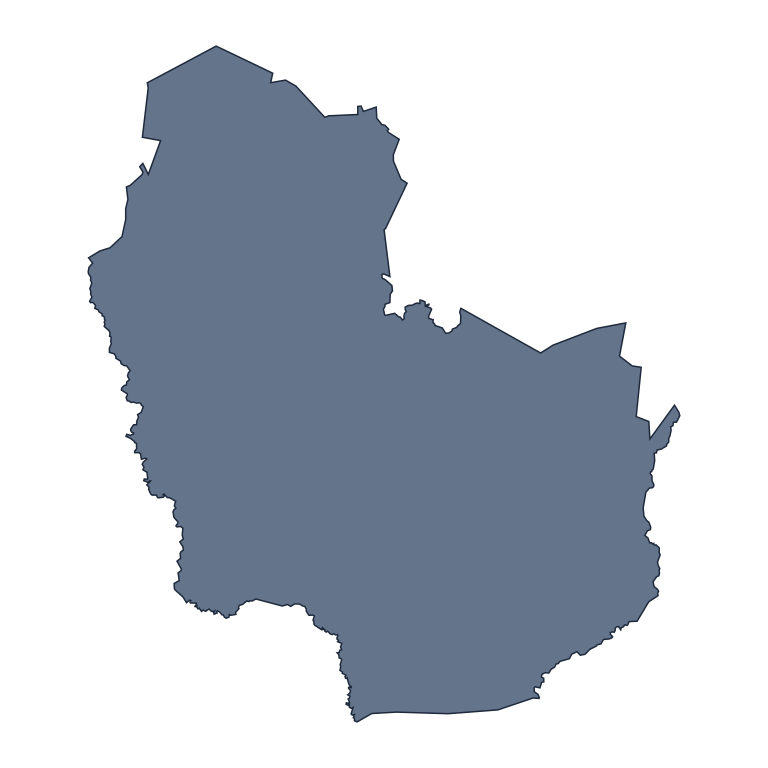 outline of Pueblo Nuevo, Durango, Mexico
{"feature_id": "50627088B37596930660354", "entity_name": "Pueblo Nuevo", "entity_type": "district", "adm_level": 2, "iso_a3": "MEX", "parent_name": "Mexico", "parent_adm1": "Durango", "projection": "robinson", "projection_center": [-105.379, 23.455], "detail": "fine", "context": "isolated", "style": "filled", "palette": "slate", "viewbox_px": 768, "rotation_deg": 0, "n_neighbors": 0, "source": "geoboundaries", "source_scale": "gbopen_adm2", "svg_char_len": 6104}
<svg xmlns="http://www.w3.org/2000/svg" viewBox="0 0 768 768"><path d="M216.1,46.1L147.3,82.8L148.2,87.9L142.4,137.3L160.6,140.6L148.3,174.4L142.8,163.4L139.7,166.7L142.8,171.9L142.3,174.4L130.2,185.4L126.4,186.9L127.9,199.5L125.7,208.6L125.7,219.5L122.0,236.6L110.0,247.8L100.0,250.9L88.6,257.8L92.6,263.2L89.0,267.3L88.2,271.7L88.5,273.7L90.8,277.3L90.6,280.2L91.8,283.0L89.8,288.7L90.7,291.0L90.7,294.2L91.9,297.2L89.6,301.3L90.5,302.7L92.5,302.3L95.0,304.7L95.6,305.8L94.7,308.3L98.3,310.0L99.0,311.8L102.1,313.9L102.2,315.9L103.6,316.1L104.4,317.4L104.4,319.1L105.1,320.1L104.2,322.1L104.9,324.0L104.2,326.4L109.2,330.9L110.0,333.0L109.6,336.3L110.9,336.8L111.2,337.9L110.7,341.2L111.3,343.8L109.4,348.0L109.4,352.4L114.5,353.9L116.1,357.3L115.8,358.2L120.5,361.1L121.1,363.7L124.1,365.6L126.5,365.7L130.1,370.6L128.4,372.9L127.5,375.9L129.4,379.9L126.8,381.8L126.3,385.1L124.2,385.5L121.7,388.0L121.4,390.1L127.3,393.8L127.4,395.1L126.1,397.5L127.3,400.8L129.2,401.1L131.0,402.5L133.6,402.1L136.5,403.1L139.4,402.9L140.8,403.5L141.4,405.2L143.3,406.6L141.1,412.5L137.6,414.5L138.5,417.3L136.7,421.4L136.6,424.8L133.7,424.7L130.7,429.1L130.7,430.6L131.9,432.3L133.6,433.0L133.6,434.0L130.2,435.3L126.8,434.3L126.0,436.4L130.2,438.2L134.7,441.7L134.6,442.6L136.5,443.4L136.6,448.9L134.6,451.1L134.8,452.7L138.6,452.6L140.5,453.7L141.4,459.3L145.1,458.2L146.8,459.0L143.3,462.1L142.2,464.2L144.0,467.2L142.9,469.8L147.0,472.3L147.7,478.5L147.4,479.3L144.3,479.0L143.7,480.7L148.1,482.4L149.7,480.8L150.6,481.0L146.8,484.9L149.0,487.2L148.6,489.3L150.7,494.0L152.0,495.1L156.4,495.1L157.5,497.5L158.9,497.8L163.3,497.2L164.1,496.3L163.0,494.7L164.0,494.0L167.1,497.5L169.7,497.8L175.6,501.2L174.3,505.9L175.9,508.2L173.9,509.7L173.0,511.9L174.0,517.5L177.9,521.9L178.0,522.9L175.9,525.9L177.0,526.9L180.6,526.5L182.9,528.2L182.2,535.2L183.3,538.9L179.8,541.9L182.9,546.7L183.3,550.1L181.0,551.7L180.1,553.6L180.6,558.3L177.0,561.2L181.4,569.1L181.0,570.7L178.1,572.9L179.2,580.6L174.1,583.5L174.4,588.7L175.1,589.9L183.1,597.1L186.5,602.7L189.5,600.1L190.8,600.5L190.0,602.2L190.5,603.0L196.2,603.1L196.8,605.4L195.5,605.3L195.0,606.5L196.8,606.9L198.0,608.9L199.3,608.2L201.5,611.4L203.2,610.1L205.6,611.3L209.1,609.0L211.3,611.3L212.8,611.6L214.5,610.8L213.6,612.4L214.1,614.2L217.1,613.0L216.6,611.7L217.5,610.8L219.6,612.0L221.9,614.8L223.4,615.0L224.4,617.1L226.1,618.2L228.9,617.2L229.3,614.5L230.7,615.3L235.9,614.4L235.6,612.4L239.0,608.6L238.5,607.5L239.2,605.5L242.7,604.3L246.8,601.0L249.0,601.6L249.9,600.9L252.5,600.9L255.8,599.0L282.3,606.0L287.5,604.5L290.8,606.4L294.4,604.0L295.8,603.9L299.8,604.1L302.5,605.9L304.7,606.3L306.3,609.2L306.3,611.2L308.9,615.3L312.9,615.1L314.4,616.0L313.0,620.3L313.8,621.1L314.0,624.2L314.7,625.2L321.6,629.7L322.4,627.7L323.3,628.6L323.0,629.5L324.8,629.5L324.9,631.3L326.3,632.1L327.7,631.2L330.4,634.0L332.3,634.6L333.9,633.7L335.7,635.0L337.4,634.6L337.9,635.9L337.0,637.5L337.0,639.1L338.6,640.4L337.6,641.7L341.8,643.4L340.5,646.9L341.6,649.7L339.8,650.2L339.2,652.3L337.1,652.8L338.7,654.2L339.2,658.0L341.1,658.6L341.7,659.8L340.2,664.5L340.7,667.0L339.9,670.3L342.4,672.0L342.3,673.3L346.0,675.2L345.0,676.7L345.5,678.2L346.2,678.5L347.2,677.8L348.6,683.5L350.0,685.9L351.4,686.8L351.2,687.6L349.0,687.1L348.4,688.0L350.6,690.7L349.7,693.3L347.7,694.8L349.9,696.1L349.3,698.2L348.1,699.0L349.6,702.3L348.7,703.2L346.4,702.8L346.1,704.3L348.4,705.4L349.4,704.6L349.3,706.9L350.3,707.9L351.6,708.3L353.0,707.5L351.1,714.0L352.3,715.1L354.5,714.5L353.3,717.7L354.4,718.2L354.4,720.8L357.1,721.9L371.8,713.5L396.6,712.1L448.0,713.7L497.8,709.9L533.1,698.0L539.1,698.4L539.3,697.4L537.9,694.3L534.3,691.7L534.2,687.8L535.2,686.8L539.9,687.9L541.7,682.2L543.8,681.9L543.7,678.2L541.9,677.6L541.5,676.4L541.9,674.5L544.8,672.7L548.9,673.0L551.0,669.4L554.7,667.0L556.0,664.1L558.4,663.5L559.4,661.8L560.9,661.1L569.4,658.7L571.7,654.2L577.0,651.7L580.3,655.2L585.0,654.3L589.9,649.3L596.1,646.2L597.4,644.7L601.0,643.9L603.5,639.5L609.4,638.9L612.1,637.7L612.6,636.6L610.3,634.2L610.4,632.6L612.1,631.9L614.3,632.2L615.2,630.3L615.2,628.3L616.5,626.9L618.4,626.5L620.7,629.8L621.2,627.7L623.6,626.7L624.4,624.9L627.4,625.3L629.2,621.6L637.1,621.2L648.7,601.8L658.0,595.7L657.6,593.4L658.6,591.2L657.3,589.1L654.1,586.6L653.1,581.8L656.5,576.8L658.9,575.7L659.5,573.1L659.1,570.3L659.8,568.6L658.1,565.2L657.5,562.0L660.2,554.9L659.2,553.0L659.3,547.9L656.1,544.9L654.4,545.1L653.7,543.4L652.3,543.9L651.6,542.8L649.7,542.8L647.9,537.9L644.8,535.5L647.4,530.8L650.4,529.6L650.7,527.1L648.8,522.1L646.9,520.7L643.9,516.1L643.2,507.7L645.9,492.2L649.4,488.1L652.5,487.7L653.6,486.5L653.8,484.5L652.0,480.6L652.0,475.8L650.1,473.6L650.7,471.8L651.7,471.6L652.1,469.9L653.2,469.2L654.7,460.6L654.2,453.2L656.5,452.8L657.0,450.1L661.3,449.1L666.5,445.9L666.7,444.4L668.7,442.2L668.8,438.2L669.9,436.0L671.1,430.3L670.7,426.8L672.9,425.8L673.5,422.2L676.5,422.2L679.8,415.7L678.8,412.2L674.5,405.2L649.9,439.0L648.8,421.5L636.2,416.6L641.2,367.3L632.2,365.9L619.5,356.1L625.8,322.9L596.8,328.4L553.1,345.1L540.6,353.0L460.9,308.3L459.7,312.1L460.8,315.9L460.5,323.5L457.5,326.0L456.9,327.3L452.4,329.1L451.9,331.1L449.0,332.9L445.7,333.3L442.2,327.9L435.0,325.5L434.8,324.3L432.9,322.2L433.3,319.8L428.9,318.4L428.6,316.3L431.6,309.2L430.5,307.9L426.0,306.4L428.9,304.9L428.8,304.1L425.3,305.6L425.0,301.8L421.9,300.4L419.9,300.1L419.9,303.3L419.3,303.6L417.9,303.0L415.4,303.5L412.3,305.2L408.3,305.4L405.2,307.1L405.2,309.4L406.2,311.7L404.6,313.3L403.9,316.1L404.3,318.5L402.5,320.0L400.2,317.1L398.6,316.8L394.7,313.3L385.6,315.4L384.7,314.9L383.4,309.2L385.0,306.4L385.0,304.3L389.9,302.6L390.2,294.3L392.5,290.9L391.9,285.5L384.7,279.2L382.7,278.6L381.9,277.1L382.1,274.2L384.1,274.0L389.9,276.6L384.1,229.8L385.6,228.5L407.1,183.2L401.1,179.3L393.5,161.3L393.3,154.9L399.2,139.3L388.5,132.5L387.3,130.8L388.7,129.3L385.0,125.3L381.9,124.6L376.8,118.3L376.2,107.1L363.4,111.4L361.1,106.1L357.8,106.4L357.8,114.5L328.9,115.8L324.8,117.3L296.0,86.2L285.5,80.1L270.7,82.7L272.7,73.2L216.1,46.1Z" fill="#64748b" stroke="#1e293b" stroke-width="1.5"/></svg>